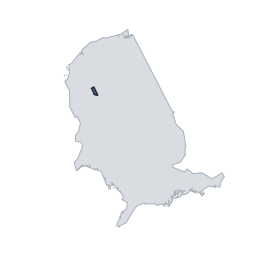 Kane, Utah, United States of America shown in context, rotated 64°
{"feature_id": "52423323B18602479279473", "entity_name": "Kane", "entity_type": "district", "adm_level": 2, "iso_a3": "USA", "parent_name": "United States of America", "parent_adm1": "Utah", "projection": "orthographic", "projection_center": [-111.142, 37.272], "detail": "fine", "context": "in_parent", "style": "filled", "palette": "slate", "viewbox_px": 256, "rotation_deg": 64, "n_neighbors": 0, "source": "geoboundaries", "source_scale": "gbopen_adm2", "svg_char_len": 4294}
<svg xmlns="http://www.w3.org/2000/svg" viewBox="0 0 256 256"><g transform="rotate(64 128 128)"><path d="M200.8,81.0L210.6,74.8L209.6,63.2L214.1,62.9L217.4,68.6L221.6,71.3L218.6,74.8L219.0,76.0L217.7,75.0L217.9,77.8L215.7,81.0L216.5,88.0L219.5,89.6L220.5,88.7L219.7,87.7L220.3,88.0L221.0,89.3L218.0,91.8L216.7,90.8L217.2,92.8L213.4,95.2L211.3,99.0L211.1,97.5L210.4,96.8L210.9,100.4L212.0,100.6L212.9,103.5L212.2,108.0L209.1,106.8L209.5,104.0L208.6,106.2L210.2,108.4L211.7,109.4L212.5,111.0L211.9,118.0L211.4,113.9L207.9,111.4L208.0,107.2L206.2,109.2L209.0,114.3L206.3,113.5L205.6,114.0L205.7,112.0L205.4,111.5L205.2,113.1L205.6,114.3L209.6,115.0L209.2,116.3L207.1,115.0L206.4,114.9L209.0,116.4L210.0,116.6L210.0,118.1L208.7,117.5L210.9,118.9L210.7,119.3L209.5,118.6L207.4,118.9L210.5,119.9L212.1,119.2L215.4,123.5L212.7,120.2L214.0,122.6L210.9,123.3L213.8,124.9L214.6,123.7L214.1,126.5L211.0,126.9L213.1,127.4L212.0,129.1L214.0,129.2L211.0,131.1L210.5,135.4L207.7,137.6L203.6,146.5L202.6,146.1L201.9,153.1L202.1,154.6L204.3,159.0L212.3,171.2L212.4,179.1L210.1,180.4L206.9,177.3L205.7,174.2L201.4,171.5L202.2,169.4L200.6,170.1L200.2,165.0L195.1,161.4L189.2,164.4L187.4,161.9L181.3,163.3L181.8,162.0L181.0,163.4L178.3,164.7L177.8,162.5L177.6,164.2L169.1,166.7L173.0,166.9L172.1,169.2L175.3,170.5L174.0,171.9L170.4,170.0L170.6,172.1L166.1,172.2L163.3,170.1L162.0,171.8L155.3,171.0L152.0,174.6L152.9,173.6L150.7,173.2L150.2,176.9L146.5,179.9L147.3,179.0L144.7,179.1L145.8,180.1L142.9,182.1L142.1,186.2L140.7,185.8L142.0,186.7L142.6,190.2L144.1,192.2L143.2,193.1L135.5,191.4L133.3,186.3L124.4,176.7L120.3,176.5L116.8,181.0L111.8,178.6L109.3,173.9L102.7,168.5L95.3,168.7L95.4,170.9L83.6,171.1L68.4,164.1L58.5,164.5L57.4,160.7L53.4,156.9L45.1,153.4L45.3,150.7L39.4,138.2L39.8,137.0L41.0,138.7L40.4,136.0L43.4,136.1L37.8,135.8L34.4,124.1L36.2,118.4L35.6,111.7L37.6,107.7L40.1,95.6L42.6,96.3L39.9,95.3L41.1,92.1L40.2,92.0L39.5,85.0L45.5,87.0L43.8,90.4L46.1,88.1L45.5,91.1L43.9,91.7L45.0,91.9L46.3,90.8L47.1,87.8L46.1,82.9L133.8,80.9L133.4,79.1L135.7,81.8L146.0,83.1L155.3,79.7L170.6,84.3L171.9,86.2L177.4,88.2L181.6,96.0L180.7,103.6L182.8,105.3L192.4,96.1L190.8,93.2L191.6,92.3L197.5,89.7L200.8,81.0ZM215.2,96.0L216.8,94.8L211.4,99.6L215.5,94.9L215.2,96.0ZM46.1,85.9L46.7,87.9L46.6,88.2L45.7,86.6L46.1,85.9ZM143.9,191.6L142.5,188.6L142.4,186.8L142.8,188.7L143.9,191.6ZM219.1,74.8L219.6,75.7L219.2,75.7L219.1,74.8ZM163.5,171.1L163.8,171.8L163.0,171.3L163.5,171.1ZM48.2,156.7L49.2,156.3L49.2,156.5L48.2,156.7ZM47.1,156.3L46.7,156.8L46.4,156.3L47.1,156.3ZM219.6,91.2L219.4,92.0L219.2,91.9L219.6,91.2ZM142.8,185.1L142.4,186.6L143.4,183.6L142.8,185.1ZM209.8,167.2L211.4,169.6L209.6,166.9L209.8,167.2ZM53.0,159.5L53.4,160.3L53.0,159.5L53.0,159.5ZM212.9,179.4L212.3,180.5L213.1,178.3L212.9,179.4ZM216.3,125.1L215.9,126.5L215.6,123.7L216.3,125.1ZM45.5,84.2L45.4,84.8L45.1,84.5L45.5,84.2ZM145.9,180.7L144.5,181.6L145.9,180.5L145.9,180.7ZM221.3,90.6L221.6,91.3L221.0,91.4L221.3,90.6ZM52.9,161.6L53.1,162.6L52.7,161.7L52.9,161.6ZM144.2,182.2L143.7,182.6L144.1,182.0L144.2,182.2ZM212.6,112.2L212.4,113.9L212.5,111.6L212.6,112.2ZM151.7,175.3L150.8,176.0L152.0,174.8L151.7,175.3ZM202.2,153.7L202.4,154.9L202.1,154.2L202.2,153.7ZM214.4,129.3L214.2,129.6L214.7,128.5L214.4,129.3ZM191.3,163.5L190.4,164.4L190.0,164.4L191.3,163.5ZM177.8,164.6L177.7,164.8L177.0,164.9L177.8,164.6ZM204.6,174.6L204.9,175.4L204.4,174.5L204.6,174.6ZM175.4,166.9L175.4,167.7L175.1,166.3L175.4,166.9ZM211.0,182.1L210.4,182.4L211.2,181.9L211.0,182.1ZM212.9,104.1L212.9,104.9L212.9,103.7L212.9,104.1ZM215.4,126.9L215.2,127.3L215.4,126.9Z" fill="#d9dde1" stroke="#a8b0b8" stroke-width="1"/><path d="M77.7,143.4L78.4,143.4L82.1,143.4L82.4,143.4L82.5,143.4L82.6,143.2L82.7,143.3L82.8,143.3L82.8,143.2L83.0,143.1L83.1,142.9L83.1,143.0L83.2,142.9L83.3,142.9L83.5,142.9L83.5,143.0L83.6,142.9L83.8,142.9L83.9,142.7L84.0,142.7L84.2,142.4L84.2,142.2L84.3,142.2L84.4,141.9L84.2,141.8L84.2,141.7L84.3,141.7L84.4,141.8L84.5,141.9L84.7,141.7L84.7,141.8L84.8,141.7L84.7,141.6L84.8,141.5L84.9,141.4L84.7,141.3L84.7,141.2L84.8,141.2L85.0,141.1L85.0,140.9L83.7,140.8L80.6,140.8L79.2,140.8L78.4,140.8L77.2,140.7L76.4,140.7L76.4,140.9L76.3,142.0L76.3,143.4L76.6,143.4L77.4,143.4L77.6,143.4L77.7,143.4Z" fill="#64748b" stroke="#1e293b" stroke-width="1.5"/></g></svg>